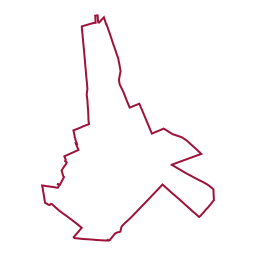 Zeist, Utrecht, Netherlands
{"feature_id": "6326949B68881677079374", "entity_name": "Zeist", "entity_type": "district", "adm_level": 2, "iso_a3": "NLD", "parent_name": "Netherlands", "parent_adm1": "Utrecht", "projection": "albers", "projection_center": [5.247, 52.115], "detail": "fine", "context": "isolated", "style": "outline", "palette": "rose", "viewbox_px": 256, "rotation_deg": 0, "n_neighbors": 0, "source": "geoboundaries", "source_scale": "gbopen_adm2", "svg_char_len": 5249}
<svg xmlns="http://www.w3.org/2000/svg" viewBox="0 0 256 256"><path d="M181.7,137.2L174.2,134.7L173.3,134.4L172.5,134.1L163.7,128.6L162.3,129.2L161.2,129.7L158.8,130.7L155.4,132.1L151.9,133.6L150.2,129.7L149.7,128.4L148.9,126.4L146.2,120.1L145.4,118.0L144.6,116.2L143.8,114.2L139.3,103.7L129.7,107.6L128.0,103.6L126.6,100.3L125.2,96.6L124.2,94.0L123.9,93.2L123.6,92.5L120.3,85.7L119.7,84.3L119.6,83.9L119.4,82.8L119.2,81.7L119.0,80.5L118.9,80.0L119.2,78.5L119.6,76.2L119.9,74.6L120.0,74.0L120.6,71.2L120.4,70.0L119.9,67.3L119.3,63.9L119.2,63.4L119.0,62.6L118.8,61.4L118.7,61.2L118.6,60.3L118.3,58.8L117.6,56.6L117.4,56.1L117.3,55.8L117.1,55.5L116.9,54.8L116.8,54.5L116.7,54.1L116.4,53.2L114.5,47.6L113.2,44.0L111.7,39.4L111.5,38.7L109.5,32.9L106.5,24.3L106.2,24.4L105.8,23.3L105.4,21.9L104.7,19.7L103.9,17.3L103.1,18.2L102.1,19.2L99.8,21.8L99.0,22.6L98.2,22.3L97.9,19.9L97.9,19.6L97.8,17.4L97.6,15.4L97.0,15.4L95.5,15.6L95.2,15.7L95.3,16.2L95.4,18.2L95.4,18.3L95.4,19.3L95.6,21.9L95.6,22.2L95.6,22.7L95.6,22.9L94.9,22.9L94.3,22.9L94.1,22.9L93.6,22.9L93.3,23.0L91.6,23.5L87.6,24.7L85.2,25.4L84.8,25.5L82.2,26.3L81.8,26.4L81.9,28.2L82.1,30.1L82.1,30.3L82.1,30.5L82.3,31.9L82.3,32.5L82.4,33.9L82.5,34.3L82.5,34.5L82.6,35.2L82.6,36.1L82.9,38.6L83.0,39.8L83.1,41.1L83.5,45.4L83.6,46.4L83.6,46.8L83.7,47.5L83.9,49.5L84.0,50.4L84.0,50.7L84.2,53.2L84.3,53.7L84.4,55.0L85.0,61.7L85.0,62.1L85.1,62.8L85.1,63.4L85.5,67.8L85.6,68.8L85.7,69.6L85.8,70.5L85.9,72.3L86.2,75.6L86.6,79.9L86.9,82.4L87.0,83.6L87.2,86.6L87.3,87.7L87.4,88.6L86.7,94.5L86.8,95.6L87.0,96.7L87.1,98.0L87.2,98.7L87.4,100.0L87.5,102.3L87.6,104.0L87.8,106.1L87.8,106.5L87.8,107.3L88.0,108.8L88.2,112.5L88.3,114.0L88.3,114.8L88.4,116.1L88.4,119.3L88.6,121.3L89.0,124.2L86.5,125.1L84.6,125.8L83.4,126.2L82.6,126.6L80.0,127.8L76.7,129.1L74.7,129.9L73.4,130.4L74.7,136.3L74.7,136.5L74.7,137.2L74.7,137.4L74.8,137.6L74.9,137.8L75.1,138.1L75.2,138.3L75.3,138.5L75.4,138.9L75.3,139.1L75.4,139.5L75.5,140.0L76.2,141.7L76.5,142.6L76.8,143.4L77.0,144.0L76.5,143.9L75.9,143.7L76.7,145.7L77.2,146.8L78.5,149.9L64.9,156.1L64.4,156.2L64.3,156.3L65.1,158.2L65.4,159.0L65.8,159.9L65.1,161.1L66.7,162.3L66.5,162.7L66.4,163.0L66.2,163.7L64.3,166.4L63.6,167.3L61.6,170.4L61.8,170.9L61.9,171.5L62.1,172.1L63.1,175.8L63.4,176.3L63.6,176.6L63.8,176.8L64.0,177.0L59.9,184.8L57.8,184.0L57.7,184.2L59.3,185.1L57.8,187.8L57.6,187.8L56.1,187.5L55.3,187.4L54.6,187.3L52.4,186.9L51.4,186.8L48.9,186.4L48.4,186.4L47.3,186.2L46.4,186.1L46.2,186.1L45.9,186.0L44.2,185.7L43.3,185.6L43.1,185.6L42.1,185.5L42.4,186.9L42.6,187.8L42.7,188.3L43.0,190.5L43.1,191.2L43.6,193.7L44.4,199.0L45.1,202.9L45.5,203.1L46.7,203.6L47.1,203.7L47.2,203.8L47.3,204.0L47.7,204.3L48.1,204.5L48.4,204.7L48.7,204.8L48.9,204.9L49.2,204.9L49.4,204.8L49.7,205.0L49.8,204.9L50.2,204.5L50.3,204.4L50.8,204.1L51.1,203.9L51.3,203.9L51.5,203.9L51.7,204.0L55.8,207.6L56.7,208.4L57.6,209.2L58.3,209.8L58.8,210.3L59.8,211.1L60.3,211.5L63.2,213.6L65.5,215.2L66.1,215.7L66.6,216.0L69.6,218.3L71.0,219.3L71.3,219.5L71.5,219.7L72.3,220.2L72.8,220.7L74.2,221.8L77.7,224.4L77.6,224.5L80.0,226.4L81.3,227.5L81.7,227.8L78.4,231.7L77.6,232.6L73.7,237.1L74.0,237.6L74.3,237.9L74.5,238.1L78.8,238.5L79.7,238.6L81.0,238.8L83.5,239.0L91.0,239.5L93.6,239.7L93.6,239.8L93.6,239.7L93.8,239.7L94.3,239.8L96.9,240.0L100.5,240.2L101.6,240.3L101.8,240.3L102.5,240.3L107.0,240.6L107.5,239.9L107.7,240.0L107.8,240.1L108.8,240.6L109.1,240.3L109.2,240.2L109.3,240.3L109.6,240.1L109.9,239.9L110.0,239.9L110.1,239.7L110.4,239.3L110.8,238.8L111.2,238.3L111.9,237.5L112.3,237.0L112.6,236.6L114.3,234.4L114.7,233.9L115.0,233.6L115.2,233.4L115.9,233.1L116.3,232.9L117.1,232.6L118.3,232.2L118.5,232.1L119.2,232.0L120.0,231.8L120.2,231.7L120.3,231.6L120.4,231.4L120.5,231.2L120.9,229.2L121.0,228.6L121.2,228.0L121.3,227.7L121.4,227.2L121.5,226.9L121.7,226.6L122.1,225.9L123.4,224.6L124.1,223.9L124.9,223.1L125.4,222.6L126.3,221.8L126.6,221.5L127.4,220.8L130.5,218.0L131.2,217.3L142.8,205.2L145.7,202.2L145.9,202.0L146.0,201.9L158.7,188.6L162.5,184.5L167.4,188.9L169.0,190.3L170.9,192.1L173.4,194.3L174.4,195.0L176.5,196.9L177.8,198.1L179.2,199.2L179.7,199.7L180.6,200.4L180.8,200.7L181.8,201.5L182.1,201.8L183.0,202.6L184.9,204.4L187.3,206.5L187.8,207.0L189.6,208.5L190.1,209.0L191.8,210.6L193.9,212.4L195.1,213.4L195.3,213.6L195.7,214.0L196.2,214.4L198.2,216.2L198.4,216.4L198.4,216.5L198.5,216.6L198.9,216.9L199.0,216.9L199.0,216.7L199.7,216.4L199.9,216.3L200.0,216.2L200.4,216.0L200.5,215.9L200.6,215.7L200.9,215.3L201.3,214.9L201.6,214.6L201.7,214.4L201.8,214.3L201.9,214.2L203.2,212.8L203.8,212.1L204.0,211.9L204.4,211.4L205.1,210.5L205.8,209.7L206.0,209.4L206.3,209.1L206.7,208.7L207.2,208.3L207.7,207.8L208.0,207.5L208.1,207.4L208.3,207.2L208.6,206.7L208.8,206.4L209.2,206.0L209.3,205.9L210.4,204.6L212.0,202.5L213.9,200.1L213.5,191.6L213.4,189.3L213.1,189.0L209.2,185.8L207.5,184.6L206.9,184.2L202.7,181.9L199.2,180.2L196.1,178.6L194.6,177.8L185.3,172.8L184.8,172.5L183.1,171.5L177.5,168.2L173.8,166.0L171.7,164.8L171.8,164.7L172.0,164.6L173.2,164.2L173.3,164.1L173.5,164.0L175.1,163.5L175.7,163.3L176.1,163.1L180.7,161.4L181.9,161.0L183.2,160.5L201.3,153.9L196.2,149.1L190.1,143.6L188.6,142.2L186.9,140.7L183.4,138.3L181.7,137.2Z" fill="none" stroke="#9f1239" stroke-width="2"/></svg>